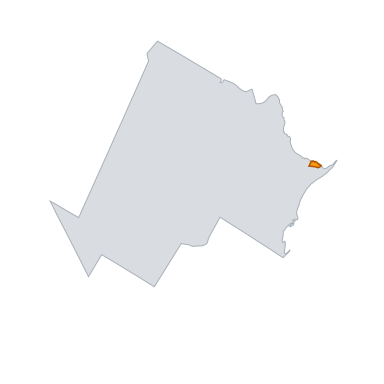 Rosso, Trarza, Mauritania (highlighted), rotated 213°
{"feature_id": "47542326B77132653245300", "entity_name": "Rosso", "entity_type": "district", "adm_level": 2, "iso_a3": "MRT", "parent_name": "Mauritania", "parent_adm1": "Trarza", "projection": "albers", "projection_center": [-15.757, 16.661], "detail": "fine", "context": "in_parent", "style": "filled", "palette": "amber", "viewbox_px": 384, "rotation_deg": 213, "n_neighbors": 0, "source": "geoboundaries", "source_scale": "gbopen_adm2", "svg_char_len": 3924}
<svg xmlns="http://www.w3.org/2000/svg" viewBox="0 0 384 384"><g transform="rotate(213 192 192)"><path d="M171.0,318.2L170.6,318.0L168.5,316.6L167.5,314.9L165.8,313.6L163.5,312.8L162.0,311.8L161.3,310.7L160.5,309.9L159.6,309.6L159.5,309.2L159.7,308.6L159.5,307.6L158.1,305.3L156.8,304.3L155.8,304.5L155.2,304.2L154.8,303.7L154.6,303.0L153.9,302.3L152.7,302.1L151.6,300.4L150.8,297.3L149.8,294.9L148.6,293.1L147.7,292.5L147.1,292.4L146.8,292.1L146.7,291.6L145.7,291.4L144.4,292.0L143.2,291.8L142.6,291.0L141.8,290.9L140.8,291.6L139.6,291.4L138.4,290.3L137.7,289.2L137.5,288.1L135.3,286.0L131.1,282.7L126.6,281.2L121.7,281.5L118.9,281.3L118.3,280.8L117.7,280.8L117.1,281.4L116.4,281.6L115.8,281.2L115.3,281.5L115.2,282.3L113.4,282.8L110.1,282.8L107.5,283.3L105.5,284.3L102.6,284.8L98.9,284.6L96.6,284.2L95.9,283.6L94.8,283.5L93.4,283.8L92.2,285.4L91.1,288.4L90.2,290.0L89.5,290.4L88.7,292.6L88.3,296.3L87.6,297.9L87.6,288.8L88.7,285.4L89.1,282.4L91.4,275.8L94.1,270.4L96.6,263.2L97.5,256.3L97.2,249.5L96.5,243.5L95.2,239.5L94.0,233.7L92.3,230.6L89.0,227.9L88.3,226.4L89.1,225.8L91.0,225.4L92.3,223.3L89.6,224.1L92.7,217.8L93.7,213.5L93.6,210.6L94.2,208.9L91.8,205.0L90.0,200.3L89.1,199.5L88.1,199.1L88.0,200.2L87.5,201.2L86.3,200.6L84.3,197.1L81.6,191.4L80.6,190.9L79.7,191.6L79.2,192.4L78.3,197.1L78.0,195.2L78.4,193.0L79.1,190.3L79.9,186.5L82.3,186.5L86.7,186.5L95.4,186.6L99.7,186.6L108.4,186.5L112.8,186.5L121.5,186.5L125.8,186.5L134.5,186.4L138.9,186.3L147.6,186.2L151.9,186.2L154.8,186.1L154.6,183.4L154.4,181.3L154.2,178.5L154.0,175.6L153.8,172.8L153.6,170.1L153.4,167.4L153.2,164.9L153.0,162.7L152.7,161.4L151.8,158.8L151.6,157.5L151.8,156.1L152.4,154.9L154.0,152.5L156.6,150.7L159.5,148.5L161.7,146.9L162.8,146.5L166.3,145.9L169.0,144.6L171.7,143.4L172.8,142.8L172.9,140.6L172.0,92.0L185.1,91.7L188.5,91.7L212.6,91.0L216.1,90.9L233.6,90.3L233.6,88.1L233.4,84.8L233.3,80.3L233.1,75.8L232.8,67.9L232.7,64.6L236.2,66.7L243.3,70.8L246.8,72.9L253.9,77.0L261.1,81.2L268.2,85.3L271.8,87.3L275.3,89.4L278.9,91.4L282.5,93.5L289.7,97.5L292.7,99.2L297.3,102.0L301.7,104.6L306.0,107.1L299.5,107.5L290.8,107.9L284.9,108.2L278.8,108.5L273.1,108.8L273.8,113.4L274.6,118.3L275.4,123.3L276.1,128.3L276.9,133.2L279.2,148.2L280.0,153.2L280.7,158.1L281.5,163.1L282.3,168.1L283.8,178.1L284.6,183.1L285.4,188.1L286.2,193.1L287.0,198.1L287.8,203.1L289.3,213.1L290.1,218.1L290.9,223.1L291.7,228.1L292.5,233.1L293.3,238.1L294.1,243.2L294.9,248.2L296.5,258.2L297.3,263.2L298.1,268.2L298.9,273.2L299.7,278.1L302.1,280.5L305.2,283.6L304.6,288.2L303.9,293.7L303.1,299.7L295.0,300.1L287.0,300.5L267.1,301.4L263.1,301.5L243.2,302.3L239.2,302.5L231.5,302.7L229.2,302.7L228.4,302.2L228.0,299.1L227.3,299.4L226.5,300.3L226.1,301.3L226.3,302.6L226.2,303.7L223.7,304.2L220.2,305.0L216.6,305.7L212.9,305.6L211.7,305.3L210.3,305.0L207.4,304.6L205.8,304.6L203.9,304.8L201.8,305.1L201.1,305.6L199.6,308.0L198.0,310.7L197.0,310.7L195.8,309.3L192.6,306.6L188.7,303.1L186.9,301.3L185.9,301.1L184.1,302.4L182.6,303.7L181.0,305.5L180.3,307.2L179.7,309.2L179.5,311.5L179.0,314.3L177.7,316.5L176.1,318.2L175.0,319.0L174.5,319.4L171.0,318.2ZM91.0,219.4L89.8,221.4L89.2,220.6L89.0,219.3L90.1,217.5L90.6,216.5L91.6,216.2L91.0,219.4Z" fill="#d9dde1" stroke="#a8b0b8" stroke-width="1"/><path d="M98.0,284.4L98.4,284.6L99.0,284.7L99.5,284.4L99.7,284.2L100.0,284.2L100.5,284.2L100.9,284.7L101.3,284.4L102.0,284.4L102.4,284.6L102.9,284.7L103.6,284.9L104.0,284.9L104.7,284.9L105.1,284.7L105.2,284.2L105.3,283.9L106.2,284.1L106.8,284.2L107.1,284.1L107.5,284.0L107.4,283.6L107.5,283.2L107.8,283.0L108.2,282.8L108.5,282.8L108.8,282.7L107.9,277.4L107.5,277.7L106.7,278.1L105.7,278.6L105.3,278.8L105.0,279.0L104.7,279.1L103.9,279.5L103.3,279.9L102.0,280.3L101.4,280.5L100.4,280.8L100.0,280.8L100.0,281.0L99.8,281.1L99.7,281.2L99.5,281.3L99.3,281.4L99.0,281.7L98.6,282.4L98.3,283.0L98.1,283.5L98.0,283.9L98.0,284.4Z" fill="#f59e0b" stroke="#b45309" stroke-width="1.5"/></g></svg>